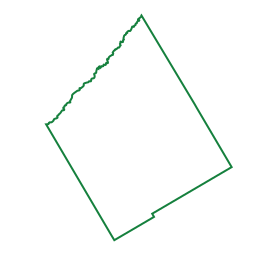 Grand Forks, North Dakota, United States of America, rotated 239°
{"feature_id": "52423323B50078487315509", "entity_name": "Grand Forks", "entity_type": "district", "adm_level": 2, "iso_a3": "USA", "parent_name": "United States of America", "parent_adm1": "North Dakota", "projection": "albers", "projection_center": [-97.051, 47.934], "detail": "fine", "context": "isolated", "style": "outline", "palette": "green", "viewbox_px": 256, "rotation_deg": 239, "n_neighbors": 0, "source": "geoboundaries", "source_scale": "gbopen_adm2", "svg_char_len": 2974}
<svg xmlns="http://www.w3.org/2000/svg" viewBox="0 0 256 256"><g transform="rotate(239 128 128)"><path d="M114.1,197.4L217.6,197.5L217.5,197.3L216.9,197.1L216.6,196.8L216.1,192.9L216.0,192.6L215.7,192.4L215.1,193.0L214.7,193.2L214.4,193.1L214.3,192.9L214.2,192.5L214.7,191.8L214.7,191.5L214.3,190.9L214.0,190.0L213.7,189.7L213.6,189.8L213.3,189.5L213.3,189.2L213.5,188.9L213.4,188.3L213.3,188.1L212.4,187.4L212.4,186.9L212.5,186.4L212.4,185.8L211.8,185.4L211.8,184.9L212.6,184.2L212.7,183.9L212.6,183.6L211.6,182.5L210.6,181.1L210.2,180.3L210.1,179.9L210.1,179.6L210.8,178.8L210.9,178.3L210.9,177.5L210.8,176.9L209.9,176.3L209.9,176.2L209.9,175.8L210.2,175.5L210.2,175.1L209.7,174.8L209.3,174.3L209.2,173.7L209.4,173.1L209.0,172.1L207.2,170.3L205.9,170.0L205.9,169.1L205.0,168.2L204.5,168.2L204.4,168.1L204.4,167.7L204.7,167.1L205.0,166.7L205.8,166.3L205.8,166.1L205.7,165.8L204.7,165.2L204.2,164.4L203.2,164.2L202.9,164.3L202.6,164.2L202.5,163.8L202.4,163.3L201.7,162.3L201.6,161.9L201.6,161.5L202.0,161.1L202.1,160.7L201.7,159.6L201.6,158.3L201.7,158.1L201.9,158.0L201.9,157.2L201.5,156.9L201.4,156.7L201.5,155.7L200.6,153.8L199.5,153.7L198.5,152.7L198.6,152.3L198.9,152.0L198.8,151.6L198.8,149.4L198.5,148.2L198.1,147.6L197.9,147.5L197.2,146.8L197.2,146.5L197.6,146.3L197.9,145.9L197.8,145.6L197.3,145.2L195.1,144.8L194.4,144.5L194.1,144.2L194.1,143.9L194.8,143.4L195.0,143.0L194.8,142.5L194.1,142.0L193.7,141.5L193.8,140.8L194.8,140.0L194.8,139.7L193.8,138.6L194.0,137.8L194.6,137.2L194.6,136.7L193.9,135.9L193.8,135.1L194.0,135.1L194.6,135.6L195.1,135.8L195.5,135.4L195.5,134.6L195.1,133.8L194.4,133.4L194.0,133.1L195.0,132.5L195.0,132.1L192.9,130.0L191.9,129.3L191.6,128.5L191.9,127.6L191.8,126.9L191.3,126.6L190.2,126.4L189.1,125.8L188.5,125.1L188.3,124.3L188.4,123.9L188.9,122.8L188.9,122.2L188.6,121.5L187.7,120.9L187.3,120.5L187.2,120.2L187.3,119.9L187.9,119.1L188.1,118.7L187.7,117.7L187.7,117.4L188.2,116.0L188.7,114.0L188.8,113.4L188.7,113.1L188.5,112.7L187.2,111.9L186.8,111.2L186.4,108.3L186.6,107.9L187.0,107.4L187.0,106.9L186.7,106.7L185.9,106.6L185.7,106.4L185.4,105.8L185.4,105.7L185.5,105.2L186.0,103.9L186.0,103.5L185.7,99.8L185.4,98.1L185.1,97.3L184.8,96.9L183.5,96.1L182.8,95.5L180.9,92.1L180.0,91.9L179.7,91.7L179.8,91.1L180.4,90.4L180.6,89.1L180.5,88.1L180.1,87.3L179.6,86.9L179.5,86.7L179.5,86.3L179.8,85.9L179.8,85.4L179.6,85.0L179.0,84.5L178.8,83.2L178.5,82.8L178.2,82.8L177.0,83.0L176.4,82.6L176.3,82.3L176.4,81.9L176.8,81.2L176.9,80.9L176.9,80.4L176.7,79.9L175.8,78.0L175.5,77.2L175.3,75.6L174.8,74.9L174.8,74.4L174.9,73.9L174.5,73.3L173.2,72.9L173.1,72.5L173.1,71.7L173.4,70.9L173.5,70.4L173.6,69.8L173.6,69.1L173.5,68.8L173.1,68.5L172.7,67.9L172.3,66.3L172.3,65.5L172.5,65.0L172.5,64.8L173.0,64.1L173.2,63.8L173.2,63.5L173.1,62.8L172.9,62.5L172.6,62.4L172.4,62.0L172.4,61.6L173.2,59.9L173.3,59.7L44.4,58.5L43.3,58.5L38.9,58.5L38.4,104.5L42.1,104.6L41.1,196.7L109.9,197.3L114.1,197.4Z" fill="none" stroke="#15803d" stroke-width="2"/></g></svg>